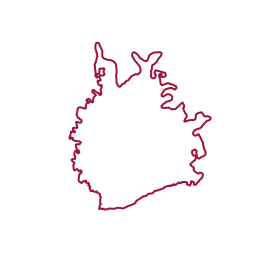 the district of Mokhotlong, Mokhotlong, Lesotho, rotated 52°
{"feature_id": "5366337B57238161912633", "entity_name": "Mokhotlong", "entity_type": "district", "adm_level": 2, "iso_a3": "LSO", "parent_name": "Lesotho", "parent_adm1": "Mokhotlong", "projection": "albers", "projection_center": [29.07, -29.31], "detail": "fine", "context": "isolated", "style": "outline", "palette": "rose", "viewbox_px": 256, "rotation_deg": 52, "n_neighbors": 0, "source": "geoboundaries", "source_scale": "gbopen_adm2", "svg_char_len": 5775}
<svg xmlns="http://www.w3.org/2000/svg" viewBox="0 0 256 256"><g transform="rotate(52 128 128)"><path d="M174.0,200.4L175.1,198.7L176.2,198.0L176.5,197.0L177.8,196.6L178.3,196.1L180.0,192.2L183.3,188.4L184.3,185.5L185.9,183.6L188.3,181.6L189.2,178.3L189.5,175.9L190.5,173.6L191.3,170.4L191.6,168.3L190.6,166.5L190.6,165.6L191.0,162.7L191.3,157.9L192.4,156.1L192.7,155.1L192.5,153.4L192.7,151.6L193.6,150.6L194.6,148.7L194.1,146.3L194.6,144.5L195.5,143.1L195.7,141.7L196.3,140.7L196.9,138.2L197.4,137.4L197.5,136.3L197.1,135.8L197.7,133.7L199.0,130.8L199.4,130.4L200.0,130.4L200.0,128.4L200.2,127.8L200.4,128.4L201.0,126.5L201.8,126.3L202.2,124.7L202.2,124.0L202.1,121.7L203.5,120.9L204.1,120.1L203.8,119.5L203.8,118.6L206.6,115.4L207.6,115.1L208.8,116.2L211.4,114.6L210.6,112.6L209.5,111.8L209.0,111.2L209.2,110.6L211.3,109.5L212.5,110.7L213.2,110.9L214.4,109.4L213.5,105.5L213.7,105.1L213.0,103.1L212.9,100.6L211.5,98.2L210.0,97.4L208.5,97.9L207.4,98.9L207.3,100.6L206.6,101.1L204.0,101.9L202.4,102.1L200.9,101.8L200.5,100.9L199.9,100.6L198.5,100.6L197.8,101.1L195.8,101.6L194.8,100.8L194.9,100.0L194.4,98.0L194.6,95.0L193.6,93.1L192.0,92.1L191.3,92.0L190.8,92.3L190.2,93.3L189.2,93.4L187.1,93.0L185.6,91.5L186.1,88.6L188.4,88.0L189.7,89.6L192.7,91.0L193.1,91.5L194.3,91.7L196.0,90.7L195.9,88.6L196.7,85.3L196.7,84.1L196.1,82.6L195.1,82.2L194.2,81.3L191.0,80.9L189.6,80.0L186.4,78.5L185.6,77.8L184.7,77.9L179.3,76.6L178.2,76.6L177.0,76.1L176.1,76.5L176.2,77.2L175.8,79.0L175.4,79.8L174.6,80.4L173.1,80.5L171.6,79.3L171.0,77.9L170.8,76.3L172.5,71.5L172.6,69.6L171.9,67.7L171.0,61.8L171.9,59.1L171.6,57.5L170.9,56.6L169.9,56.7L167.8,58.0L166.3,60.1L165.5,60.7L163.6,60.3L160.9,60.4L159.4,63.3L159.3,65.7L159.7,66.8L161.4,68.0L162.4,69.4L162.3,71.1L161.3,72.6L160.5,73.2L158.8,76.9L158.4,78.6L158.1,78.7L158.1,79.0L157.5,79.5L157.2,79.4L157.0,78.5L156.0,77.4L155.5,75.0L154.2,73.9L149.3,73.4L147.2,72.7L146.3,72.3L146.4,71.8L145.7,70.5L144.3,69.8L141.8,69.4L141.5,69.8L141.5,72.1L142.0,74.2L141.9,75.7L142.3,78.6L141.6,80.1L140.2,82.0L137.1,83.4L136.3,84.3L135.8,85.4L133.0,88.7L131.5,88.4L130.9,86.2L131.1,81.2L132.1,78.9L132.7,76.0L131.5,74.4L130.5,73.9L129.1,73.8L126.9,74.6L125.4,76.6L125.0,80.7L123.8,81.6L123.3,81.6L122.3,81.0L121.0,77.7L120.6,75.6L120.9,73.6L121.6,72.4L121.9,71.1L122.8,69.4L125.7,67.7L126.3,67.6L126.6,67.0L126.5,65.8L125.8,64.8L124.8,64.5L123.6,65.2L122.4,65.4L119.2,67.7L118.0,68.2L117.1,69.2L115.2,74.9L113.5,75.2L108.9,72.5L105.5,71.1L105.2,69.7L105.8,68.4L106.5,68.5L107.5,69.9L108.3,70.1L110.1,67.9L110.2,66.6L109.7,65.7L107.5,64.8L100.0,70.2L99.8,71.0L100.3,72.5L100.9,73.1L103.4,73.5L103.8,73.8L105.0,76.1L104.7,77.3L103.9,78.0L103.3,78.3L101.8,78.3L101.0,78.0L99.8,76.4L97.4,74.8L96.3,73.0L93.8,70.7L93.5,69.5L93.9,68.0L93.5,65.1L93.3,63.9L92.1,61.4L91.7,58.8L90.7,56.2L89.7,55.6L88.6,55.7L87.7,56.4L84.6,61.1L84.0,63.3L83.8,66.3L86.7,71.1L86.7,71.9L86.4,72.7L84.7,73.9L80.7,75.2L80.4,75.5L76.4,75.2L73.1,75.9L72.3,76.4L71.7,77.7L72.1,78.8L73.3,80.1L74.8,80.6L75.6,80.3L77.6,81.1L85.1,80.8L87.2,81.0L89.5,82.0L91.3,83.5L91.8,85.3L91.6,87.6L90.2,89.0L89.3,93.5L90.6,98.3L89.9,100.5L90.3,101.8L90.1,102.3L90.7,102.9L90.3,104.4L89.9,104.8L90.6,108.6L90.1,109.5L87.4,109.7L85.3,109.1L78.7,104.6L77.6,103.0L75.2,101.4L74.1,100.4L69.9,98.2L66.5,98.3L65.3,99.3L63.9,99.8L61.2,102.4L58.2,104.2L56.8,104.4L55.3,103.9L51.7,100.9L43.3,98.8L42.4,99.2L41.8,99.9L41.6,101.0L42.8,102.8L45.2,104.7L49.5,106.4L52.5,107.9L56.2,112.8L57.5,115.4L59.5,116.3L60.8,117.5L62.4,118.2L65.6,120.2L66.5,121.4L68.2,121.7L68.9,121.5L69.2,121.1L69.0,120.7L67.0,120.4L66.2,119.5L67.4,117.3L67.2,116.8L65.1,115.2L64.5,114.3L64.1,114.3L64.0,113.7L65.0,112.3L65.8,110.6L66.6,110.2L68.8,112.8L70.6,113.2L71.5,113.9L71.2,115.6L69.4,117.5L69.7,118.2L69.6,118.9L70.0,119.2L73.4,120.0L73.4,120.7L73.1,121.9L72.2,122.8L72.7,123.5L75.7,124.5L77.5,123.9L77.6,122.8L78.1,122.4L78.4,122.5L79.6,123.5L81.2,126.3L84.2,127.4L84.9,128.5L84.8,129.6L84.1,130.1L83.2,129.5L82.6,129.6L81.2,130.5L78.8,131.3L76.8,131.6L76.6,131.9L76.8,133.3L77.5,133.8L78.3,133.9L79.1,133.5L82.2,133.1L83.0,136.6L84.8,138.9L85.8,139.4L85.9,140.2L84.9,140.9L82.0,140.6L80.7,141.1L80.3,142.9L80.9,143.9L81.6,143.8L82.8,142.8L83.7,142.6L84.1,143.2L83.1,144.8L83.3,146.0L84.5,147.6L86.1,148.7L86.4,149.4L85.8,150.4L83.7,151.7L82.2,153.0L81.6,154.4L81.7,155.6L82.2,156.4L83.2,157.0L85.4,159.9L86.3,160.4L89.1,161.0L90.1,160.8L90.4,160.4L92.0,160.5L92.8,159.8L94.4,160.6L94.7,162.0L93.9,163.1L91.7,164.4L91.5,165.2L93.8,166.5L95.0,166.7L96.4,167.7L96.3,168.3L95.2,169.6L94.3,171.5L95.0,172.3L96.1,172.6L97.1,172.0L98.1,172.0L98.6,172.4L95.8,175.2L98.2,177.8L99.3,179.6L100.2,180.5L101.2,180.0L100.8,178.4L101.7,177.7L103.6,178.6L105.0,177.9L107.4,175.8L108.3,174.6L109.7,174.1L110.4,174.2L110.9,175.5L110.5,177.0L109.2,178.4L109.2,179.6L112.5,181.3L114.2,181.5L115.3,180.7L117.2,181.4L117.4,182.4L116.9,183.2L114.2,183.0L113.7,183.6L114.5,185.4L116.0,186.8L118.6,187.5L119.6,188.6L118.3,191.2L118.3,191.8L119.3,192.4L122.2,191.7L122.7,191.9L123.6,194.0L127.5,196.4L128.7,195.9L128.7,194.0L129.3,193.3L130.9,193.1L131.8,193.3L132.2,193.0L132.2,191.5L132.6,191.2L133.4,191.2L134.3,192.1L134.7,193.0L134.4,193.9L134.4,194.5L136.0,196.5L136.9,197.2L137.9,198.5L139.3,199.4L140.1,199.4L142.7,198.5L142.8,197.8L142.6,197.5L142.5,195.9L143.0,195.4L143.3,193.8L143.5,193.7L144.0,193.7L144.7,194.5L145.4,194.6L145.8,194.4L146.5,193.2L147.8,192.9L148.3,193.3L148.6,194.5L150.8,193.8L151.7,195.4L152.8,195.3L153.7,195.8L154.9,196.1L155.4,195.3L155.6,194.4L157.9,193.6L158.7,191.9L159.6,192.2L160.5,191.4L161.5,191.4L162.6,190.9L163.7,191.2L164.6,191.9L165.7,191.9L166.8,193.5L169.7,195.9L170.5,196.3L171.4,196.2L171.6,197.8L172.4,198.8L173.3,199.3L173.5,200.1L174.0,200.4Z" fill="none" stroke="#9f1239" stroke-width="2"/></g></svg>